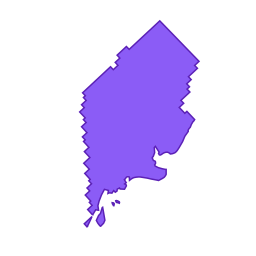 outline of Dillingham, Alaska, United States of America, rotated 317°
{"feature_id": "52423323B44097334117837", "entity_name": "Dillingham", "entity_type": "district", "adm_level": 2, "iso_a3": "USA", "parent_name": "United States of America", "parent_adm1": "Alaska", "projection": "natural_earth1", "projection_center": [-159.172, 59.691], "detail": "fine", "context": "isolated", "style": "filled", "palette": "violet", "viewbox_px": 256, "rotation_deg": 317, "n_neighbors": 0, "source": "geoboundaries", "source_scale": "gbopen_adm2", "svg_char_len": 2665}
<svg xmlns="http://www.w3.org/2000/svg" viewBox="0 0 256 256"><g transform="rotate(317 128 128)"><path d="M224.3,71.3L196.9,71.3L182.5,71.3L182.4,67.3L169.7,67.3L169.7,71.3L164.4,71.3L163.4,71.3L163.4,75.3L157.0,75.3L157.0,71.3L127.7,71.3L118.8,71.3L118.8,75.3L116.2,75.3L116.2,79.3L109.9,79.3L109.9,83.3L103.6,83.3L103.6,91.4L101.1,91.4L101.1,95.4L94.9,95.4L94.8,103.4L88.6,103.4L88.6,107.5L86.3,107.5L86.2,115.5L80.0,115.5L80.0,123.6L71.6,123.6L71.6,131.7L65.4,131.7L65.3,139.8L63.3,139.8L63.3,143.9L57.1,143.9L57.1,147.9L51.0,147.9L50.9,156.0L49.0,156.0L49.0,160.1L42.9,160.1L42.8,167.6L42.7,167.6L43.9,167.1L48.6,165.8L50.4,168.1L53.0,164.3L57.1,161.7L63.1,158.8L68.9,156.8L71.1,160.3L68.7,162.2L70.0,162.6L71.9,164.7L74.8,164.0L74.9,166.3L77.0,166.6L78.4,165.4L80.9,166.1L80.6,167.2L83.7,170.4L87.4,169.2L87.9,168.3L87.4,166.6L89.4,166.8L90.1,163.3L90.5,163.2L90.9,163.4L91.6,163.3L92.9,162.9L93.4,162.9L94.4,163.3L94.9,163.8L95.2,164.2L95.5,164.7L95.3,165.2L94.9,165.5L93.4,167.3L95.7,167.5L96.6,167.7L97.4,167.9L98.5,168.3L100.4,169.5L102.6,171.2L103.8,172.5L108.0,177.9L110.0,180.9L113.9,186.2L114.5,187.2L115.2,187.4L118.9,188.4L120.7,188.7L121.2,188.7L123.0,188.4L124.3,187.9L127.7,184.3L127.0,183.6L125.3,181.2L123.1,177.6L121.9,174.3L122.4,173.1L123.1,173.0L123.7,172.8L124.1,172.6L124.7,171.9L125.2,171.1L125.2,170.7L125.1,170.4L124.8,169.9L124.5,169.2L124.5,168.8L125.3,166.4L126.1,166.0L126.7,166.1L127.1,166.0L130.7,164.2L133.9,160.2L135.5,160.1L134.3,166.8L132.9,167.5L132.7,168.7L132.6,169.1L132.7,169.3L133.2,169.8L133.7,170.0L134.6,170.2L136.7,170.5L137.8,170.9L138.7,171.3L139.6,171.9L140.5,172.8L140.8,173.5L141.2,174.8L141.3,175.3L141.2,175.6L141.2,175.8L141.4,176.0L142.5,176.8L143.4,177.3L144.9,177.9L145.5,178.1L146.4,178.2L148.2,178.1L149.6,177.8L152.0,177.2L158.6,175.2L160.6,174.3L163.5,173.0L164.4,172.7L169.7,171.6L170.0,171.3L170.2,170.9L170.3,170.7L172.1,170.1L174.1,169.9L176.8,168.6L179.7,167.7L180.2,167.8L180.9,167.7L181.8,167.5L182.5,167.3L182.4,156.0L179.6,156.0L179.5,147.9L185.6,147.9L185.5,143.9L197.8,143.9L197.7,139.8L201.1,139.8L201.1,135.7L207.2,135.7L207.2,131.7L219.5,131.7L219.4,127.7L225.4,127.7L224.3,71.3ZM40.8,179.3L40.8,180.9L41.1,181.2L45.2,181.0L48.2,179.7L55.4,168.7L54.9,168.6L49.6,171.7L46.9,171.9L41.8,174.0L41.0,177.2L40.8,179.3ZM31.5,172.3L31.6,172.1L37.2,169.9L41.3,168.2L30.7,168.2L30.6,172.3L31.5,172.3ZM68.8,174.4L69.0,175.0L69.9,176.1L70.3,177.1L71.0,176.7L71.3,176.1L71.1,175.3L70.7,174.2L70.1,173.2L69.4,172.8L69.1,173.3L68.8,174.4ZM64.4,174.9L64.7,175.2L66.2,174.1L66.4,173.6L66.3,172.8L65.5,171.8L64.9,172.7L64.8,173.5L64.4,174.9Z" fill="#8b5cf6" stroke="#5b21b6" stroke-width="1.5"/></g></svg>